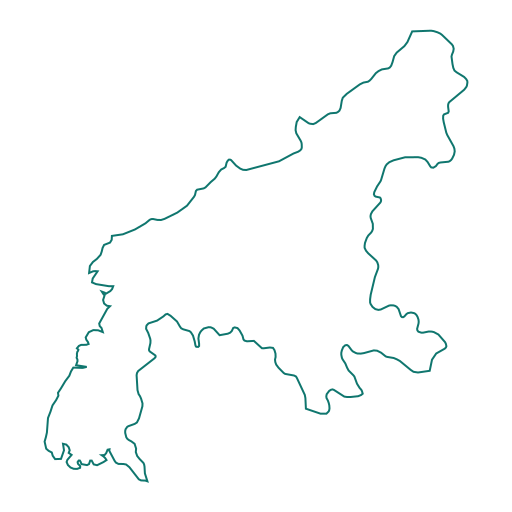 outline of P'yŏngan-namdo
{"feature_id": "PRK-3313", "entity_name": "P'yŏngan-namdo", "entity_type": "Province", "adm_level": 1, "iso_a3": "PRK", "parent_name": "North Korea", "parent_adm1": "", "projection": "albers", "projection_center": [126.179, 39.498], "detail": "fine", "context": "isolated", "style": "outline", "palette": "teal", "viewbox_px": 512, "rotation_deg": 0, "n_neighbors": 0, "source": "natural_earth", "source_scale": "10m", "svg_char_len": 6005}
<svg xmlns="http://www.w3.org/2000/svg" viewBox="0 0 512 512"><path d="M147.4,481.3L145.3,480.6L141.0,480.4L138.8,479.3L129.4,467.2L126.1,464.5L123.4,464.0L118.4,463.9L115.9,462.6L114.6,460.8L109.3,450.8L109.5,449.3L107.6,449.7L106.2,453.1L104.6,455.0L101.7,455.2L103.6,456.5L105.2,458.1L106.5,460.1L103.4,462.1L97.1,465.2L93.7,464.4L91.7,460.6L90.2,460.6L89.0,464.1L87.0,465.1L81.5,464.1L80.6,461.8L79.8,460.5L78.7,460.5L77.6,462.1L78.0,463.8L80.2,466.1L80.1,467.8L77.1,468.9L73.7,468.8L70.5,467.5L67.9,465.0L66.6,462.0L67.4,459.8L71.6,454.9L68.7,452.9L69.7,450.3L68.7,447.2L66.3,444.6L63.0,443.8L64.0,450.3L61.0,458.9L55.1,459.1L52.7,455.7L51.8,452.5L48.6,450.8L46.2,448.7L44.6,441.6L45.9,437.1L46.9,432.6L48.0,418.0L50.5,411.6L52.5,405.4L56.1,400.1L58.4,395.7L58.0,392.8L60.8,388.6L65.3,381.1L69.3,375.8L71.0,371.4L73.3,367.6L82.7,367.9L86.7,366.9L76.1,365.2L77.5,361.2L77.4,359.4L76.6,357.8L77.0,356.1L76.9,353.8L77.3,351.9L78.1,350.7L78.4,349.7L76.9,348.3L78.9,345.9L81.1,344.9L86.3,344.8L88.6,344.0L88.0,342.1L86.3,339.7L85.7,337.4L88.8,332.2L93.3,330.1L98.2,330.3L102.8,332.1L101.5,328.0L99.7,326.0L99.2,323.5L107.3,308.8L110.0,306.2L106.8,305.7L104.1,303.5L103.1,300.0L104.6,295.3L103.6,294.4L101.8,291.6L104.8,292.7L105.9,293.7L110.3,291.1L112.1,289.1L113.2,286.2L108.9,286.2L96.0,284.1L92.0,282.4L92.7,278.5L97.6,271.3L95.3,271.1L93.1,271.3L89.1,273.0L89.9,266.0L92.9,262.0L96.9,258.9L100.6,254.8L101.7,251.6L102.6,247.9L104.1,244.9L110.0,242.6L111.7,239.8L111.9,235.9L122.9,234.3L134.9,229.5L145.5,223.3L149.7,219.8L151.3,219.1L153.0,219.0L157.3,219.9L161.0,220.0L164.5,218.9L177.3,212.6L187.0,205.7L194.0,196.8L195.0,195.0L195.9,191.0L197.1,189.7L203.7,188.4L205.5,187.4L210.7,182.1L214.7,178.7L216.4,176.5L218.8,172.2L221.2,169.5L224.0,168.1L225.6,166.8L226.6,162.7L227.4,161.2L228.7,159.7L230.0,159.6L231.1,160.1L236.1,165.6L240.2,168.6L243.0,169.8L246.3,170.0L279.0,161.3L293.5,153.5L298.2,151.7L300.3,150.3L301.5,148.8L301.8,147.3L301.7,144.0L301.4,142.4L300.7,140.8L296.3,133.3L295.6,130.2L295.8,127.0L296.7,122.0L299.7,117.1L308.6,123.2L310.0,123.7L313.2,124.1L315.8,123.0L327.9,114.3L330.3,113.3L336.4,112.8L337.9,112.0L339.4,110.7L340.6,108.0L341.8,100.7L342.8,97.7L346.8,93.8L359.8,84.4L363.4,82.6L368.0,81.7L369.6,80.6L371.3,78.9L375.8,73.2L378.5,71.1L381.9,69.4L388.2,68.4L389.8,67.5L391.2,65.7L392.5,62.2L394.2,56.1L396.7,52.6L404.4,46.1L407.4,42.1L412.2,31.4L431.0,30.7L433.7,31.1L437.5,32.3L440.3,33.6L442.0,34.9L451.9,44.4L453.0,46.0L453.7,48.8L453.2,51.6L452.0,54.5L451.5,56.5L452.5,64.1L453.3,67.9L454.5,70.6L456.6,72.3L464.2,77.0L466.2,79.1L467.3,81.0L467.4,82.6L466.9,85.7L466.3,87.0L464.2,89.7L449.3,102.1L448.5,103.3L448.1,104.9L448.1,106.8L448.7,111.4L448.1,112.8L444.0,114.4L443.2,115.7L443.1,118.6L443.7,122.1L446.3,132.7L447.3,135.1L453.5,146.2L454.4,148.7L454.7,151.4L454.0,154.8L452.1,158.7L451.1,160.0L449.9,161.0L448.6,161.7L440.4,162.5L438.8,162.9L437.6,163.8L435.9,166.1L433.3,167.7L431.2,167.4L430.3,166.4L427.6,162.0L425.3,159.5L421.4,157.8L418.2,157.2L405.0,157.3L393.6,160.3L389.3,162.2L386.7,164.4L385.5,166.2L384.5,168.5L381.1,179.9L380.5,181.3L377.1,186.4L374.3,192.1L373.9,194.3L374.6,195.9L375.7,196.6L379.9,197.5L380.6,198.3L381.1,200.1L380.9,201.5L380.3,202.6L372.4,211.3L370.9,214.1L370.5,216.1L370.7,217.9L372.8,223.8L372.9,228.9L372.2,230.9L371.2,232.5L368.3,235.5L366.8,238.0L365.0,242.9L364.6,245.7L364.6,247.8L366.0,250.7L368.2,253.3L376.1,260.5L377.3,262.3L378.2,265.1L378.3,267.1L378.0,268.8L374.9,277.1L370.7,294.7L370.1,299.3L370.1,302.5L370.6,304.0L372.5,306.9L375.3,309.1L378.4,309.9L380.8,309.5L389.0,305.6L390.6,305.3L393.5,305.4L395.1,305.9L396.7,306.8L398.6,309.1L401.0,316.2L401.9,317.1L403.1,317.2L404.3,316.5L406.5,314.0L407.9,313.1L411.0,312.5L414.0,313.1L415.3,313.8L416.6,315.2L417.6,317.0L418.5,319.7L418.7,321.9L418.5,323.6L417.1,328.9L417.4,330.4L418.4,331.7L421.4,332.7L422.9,332.7L428.8,331.5L431.8,331.6L433.9,332.1L438.4,334.5L445.1,342.2L445.9,343.9L446.4,346.2L445.9,347.5L444.7,348.7L436.2,353.5L432.0,359.7L429.7,370.8L418.0,372.5L413.5,371.8L410.7,369.9L399.9,361.0L396.8,359.3L393.7,358.0L387.1,356.9L385.7,356.4L381.1,352.7L377.1,350.7L373.8,350.4L363.9,353.1L360.8,353.6L357.4,353.5L355.8,353.0L352.8,351.4L351.6,350.2L348.4,345.9L346.9,345.0L345.2,345.3L343.2,347.1L341.8,350.5L341.3,352.8L341.3,354.8L341.9,357.8L342.5,359.2L345.3,363.4L347.1,367.7L348.6,370.5L353.5,375.4L354.4,376.6L357.0,383.7L359.6,387.9L361.3,389.8L362.0,391.2L362.7,393.7L361.1,395.0L358.2,396.2L350.6,397.0L347.0,397.0L344.3,396.6L333.9,389.9L332.5,389.4L330.9,389.8L329.2,390.9L326.7,394.2L326.3,396.2L326.5,398.0L327.9,400.6L328.8,403.2L329.3,405.5L329.5,408.4L329.2,410.2L328.7,411.4L326.4,413.7L320.6,413.7L305.9,408.7L305.4,398.1L304.8,394.9L296.9,378.0L296.0,376.5L294.0,375.5L285.1,373.9L283.7,373.0L278.5,367.7L276.2,364.6L275.3,362.1L275.0,359.6L275.6,357.0L275.5,353.7L274.5,350.2L273.0,347.9L269.9,347.5L263.6,348.3L261.9,348.2L253.9,340.9L247.0,341.3L244.5,340.6L243.5,339.5L242.5,335.7L239.6,330.5L237.5,328.1L234.7,327.4L233.2,328.0L231.8,331.0L230.1,332.7L227.8,333.7L219.6,335.2L213.7,328.7L212.1,327.9L210.7,327.3L208.5,327.2L203.8,328.5L201.5,330.6L200.2,332.3L199.0,334.8L198.4,338.5L199.1,343.8L199.1,346.0L198.2,346.9L196.4,346.8L195.9,346.5L195.4,345.2L194.7,341.4L193.0,335.6L190.9,332.3L189.5,331.1L183.2,329.3L181.2,328.3L179.9,326.5L177.0,321.5L170.6,315.8L167.5,313.9L165.6,314.4L163.4,316.4L157.1,320.6L148.5,323.4L146.7,325.3L146.3,326.2L146.1,328.8L148.2,332.9L150.2,338.7L150.5,340.5L150.4,343.1L149.0,349.3L149.1,350.4L149.7,351.4L155.3,355.4L155.6,356.0L155.6,356.9L154.6,358.2L138.2,371.0L137.0,373.0L136.6,375.2L137.5,390.1L138.6,394.1L140.0,396.2L141.1,398.7L142.5,403.4L142.4,406.3L139.0,418.4L136.9,422.5L134.7,423.9L128.3,426.2L127.2,426.9L125.6,429.2L125.2,430.9L125.2,432.9L126.3,437.3L127.3,438.8L128.8,440.0L131.4,441.4L134.6,443.8L136.1,448.6L135.8,452.1L137.2,456.0L139.6,459.0L143.4,462.9L144.1,464.4L144.5,466.5L144.9,473.4L147.4,481.3Z" fill="none" stroke="#0f766e" stroke-width="2"/></svg>